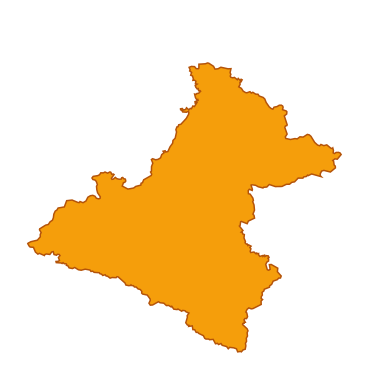 Ambatofinandrahana, Amoron'i Mania, Madagascar (Mercator projection), rotated 298°
{"feature_id": "10022922B11162683268422", "entity_name": "Ambatofinandrahana", "entity_type": "district", "adm_level": 2, "iso_a3": "MDG", "parent_name": "Madagascar", "parent_adm1": "Amoron'i Mania", "projection": "mercator", "projection_center": [46.283, -20.456], "detail": "fine", "context": "isolated", "style": "filled", "palette": "amber", "viewbox_px": 384, "rotation_deg": 298, "n_neighbors": 0, "source": "geoboundaries", "source_scale": "gbopen_adm2", "svg_char_len": 5977}
<svg xmlns="http://www.w3.org/2000/svg" viewBox="0 0 384 384"><g transform="rotate(298 192 192)"><path d="M162.2,101.1L159.4,97.4L157.4,97.1L156.5,98.6L157.0,100.8L156.4,102.5L154.1,105.0L152.2,105.0L149.3,106.9L147.0,109.0L144.7,113.3L143.2,113.8L142.1,112.8L141.6,110.5L142.7,108.4L142.5,106.0L141.0,104.0L138.5,102.5L134.3,102.6L131.4,100.8L131.0,97.6L129.7,97.4L129.2,96.1L128.6,89.9L125.5,85.4L118.9,86.3L115.0,81.3L112.8,81.2L110.9,80.2L107.6,80.4L104.1,81.7L101.5,82.0L99.1,80.7L95.9,80.4L94.0,78.3L88.0,74.8L87.0,75.1L85.4,77.8L83.1,78.0L81.2,79.1L76.9,78.1L72.5,73.1L69.9,71.3L69.3,71.2L67.7,73.8L67.4,74.9L68.7,78.0L65.5,81.9L64.8,85.1L66.2,86.1L66.6,91.5L67.6,91.4L68.9,92.5L70.1,95.8L73.2,96.3L74.2,97.5L72.0,99.5L72.6,102.1L73.7,102.3L74.5,104.0L73.9,105.3L71.4,104.8L69.4,107.1L68.1,106.5L66.8,104.5L65.9,105.3L67.9,109.8L67.9,110.9L69.1,111.3L68.7,112.9L69.5,114.6L69.2,115.3L68.3,115.5L68.5,117.2L67.3,119.1L68.3,122.4L70.3,123.9L70.0,128.2L70.9,130.9L73.7,133.9L75.2,138.5L74.4,140.1L75.5,141.5L75.1,143.3L77.2,148.1L76.6,149.1L77.0,150.7L76.4,152.4L78.2,154.2L77.5,155.6L78.0,157.0L77.5,160.1L79.0,161.6L80.7,165.2L82.0,165.5L82.4,166.6L80.2,175.6L78.8,177.3L79.6,180.1L80.5,181.5L81.4,181.7L81.1,182.9L81.8,184.3L81.1,185.7L81.9,187.4L81.1,189.8L81.6,192.2L80.6,194.4L79.1,195.0L78.7,196.3L80.0,200.9L77.9,205.2L76.8,206.0L73.6,206.2L72.5,208.3L73.8,210.3L79.4,213.9L79.2,215.7L80.6,219.3L79.7,222.7L80.9,224.7L80.7,227.5L81.6,227.8L80.0,230.9L81.2,234.1L82.1,234.5L81.9,238.9L83.1,239.4L83.9,241.6L83.4,242.9L83.7,246.1L80.4,245.8L79.3,246.7L73.6,247.9L72.4,250.4L72.8,252.0L71.8,252.2L73.9,255.1L70.9,257.4L71.7,259.0L70.0,261.6L70.8,263.0L70.3,264.4L70.5,269.5L68.8,271.9L68.7,273.4L70.0,275.8L69.8,276.8L71.8,279.9L69.0,284.0L70.3,285.5L69.8,287.1L71.8,288.7L70.8,290.6L71.8,295.2L70.6,297.6L72.5,298.2L74.0,302.0L74.4,304.9L72.3,307.4L74.0,309.7L74.0,310.6L76.7,311.3L78.1,312.8L81.4,311.8L83.6,310.2L85.7,310.3L88.4,308.6L90.9,308.6L93.7,306.7L95.7,306.6L97.1,304.9L98.7,298.9L99.7,298.6L100.7,299.7L101.4,299.2L102.0,300.2L103.5,297.9L104.3,298.0L105.2,298.2L105.8,299.6L108.0,299.6L110.9,297.2L111.3,295.9L114.1,295.7L116.4,296.6L116.6,299.1L117.6,300.5L125.2,305.9L128.1,304.2L130.2,304.8L130.5,303.0L132.3,302.3L134.1,302.5L136.2,301.0L138.4,301.9L140.1,301.5L144.3,305.1L145.8,304.6L147.7,305.7L151.4,305.5L154.7,308.5L156.6,308.9L157.6,310.5L159.7,310.2L161.7,304.8L165.0,303.5L165.2,296.0L164.2,294.4L160.4,297.3L158.9,296.4L158.8,294.9L162.7,291.1L165.3,291.0L167.0,292.0L168.8,291.1L169.2,290.1L170.4,290.7L171.4,289.3L170.7,287.5L169.3,286.7L170.3,285.8L168.5,284.9L169.2,284.4L167.0,282.1L167.8,280.3L168.9,279.7L168.4,279.3L168.5,277.8L167.5,277.6L168.1,274.9L166.1,272.2L166.9,271.2L169.5,270.7L170.1,269.2L171.9,269.6L171.9,266.8L171.0,266.5L172.0,265.2L171.5,264.6L172.1,262.7L173.4,262.4L175.8,259.5L179.0,258.2L178.8,256.5L180.0,255.3L179.7,254.3L181.9,255.1L184.2,249.8L185.0,250.2L188.6,248.9L189.2,249.4L189.9,255.6L192.8,255.4L198.3,259.5L200.5,257.7L201.1,256.2L205.3,255.7L209.7,252.8L212.0,250.1L213.3,250.2L215.2,248.6L217.4,244.4L217.0,242.6L219.6,241.0L221.3,241.3L221.6,244.4L222.7,244.1L225.8,240.9L226.5,241.5L227.8,245.1L227.7,248.0L228.9,252.8L229.7,252.9L231.5,255.7L234.9,256.7L235.9,263.0L239.1,268.8L243.1,271.7L244.7,274.5L247.4,275.6L249.1,277.8L254.1,279.2L256.3,283.4L257.8,283.6L259.4,285.7L261.1,286.1L261.0,286.9L264.1,289.2L266.2,298.9L266.6,297.7L268.2,296.7L271.3,296.6L273.0,298.3L274.6,304.8L280.6,307.3L282.1,306.4L282.6,304.8L285.6,302.6L285.9,301.5L288.3,302.6L289.2,304.9L295.1,306.1L296.0,304.4L295.8,302.8L294.6,300.7L292.8,299.7L292.8,298.3L295.2,297.3L297.0,295.6L296.2,295.4L295.9,293.8L296.9,288.9L294.8,286.6L294.5,283.5L292.8,283.1L292.4,280.9L293.4,277.0L297.0,270.9L297.5,268.7L297.0,266.8L292.7,264.4L291.4,261.4L288.3,260.0L287.5,257.8L284.6,254.3L283.3,249.7L284.4,248.5L287.8,248.8L292.6,243.6L294.1,243.5L295.2,244.6L296.0,244.5L302.5,237.8L305.3,239.0L307.4,238.1L307.8,237.1L307.2,233.3L309.7,232.6L310.5,231.6L310.6,230.1L309.6,228.3L307.4,227.0L305.4,224.6L303.1,224.5L302.9,222.5L303.4,220.2L305.9,215.4L308.3,212.6L308.9,210.4L308.3,206.2L309.3,204.4L308.3,202.3L308.6,198.9L307.2,197.9L307.8,196.1L305.3,193.8L304.9,192.4L305.1,189.8L306.7,186.9L306.8,183.9L309.5,184.0L311.3,182.8L312.2,183.6L314.6,183.6L314.6,182.4L313.1,182.2L314.0,179.5L312.4,179.3L313.1,175.6L312.0,174.5L311.5,172.4L312.3,171.3L314.1,171.1L315.2,169.6L319.2,168.5L317.7,166.0L315.7,158.9L313.0,157.1L311.3,154.6L313.1,152.0L313.6,146.4L313.2,145.1L311.5,143.6L308.1,138.1L304.6,139.9L303.8,139.7L302.9,137.8L303.9,135.4L302.6,132.5L300.7,130.9L299.0,133.0L297.8,133.1L297.4,135.5L294.5,136.0L294.7,137.9L292.6,140.0L291.0,140.4L291.9,141.7L291.6,143.5L289.3,144.1L289.7,145.9L287.6,144.8L286.4,146.0L285.4,148.2L286.2,148.9L284.5,150.3L285.3,151.5L285.0,152.3L282.3,151.5L281.2,150.0L280.2,149.8L279.7,148.3L276.9,150.8L275.7,152.9L276.5,153.6L275.7,154.4L273.2,152.2L272.1,153.0L273.5,153.7L273.4,154.4L268.6,154.0L268.4,152.4L265.3,152.4L265.0,151.2L263.1,150.7L263.8,147.6L261.9,147.6L260.3,145.9L261.2,144.3L260.1,142.8L259.3,143.3L259.1,145.0L258.3,146.2L259.8,149.6L261.4,150.9L260.9,151.8L259.0,152.5L254.3,152.4L246.6,150.4L245.1,148.7L243.1,149.0L242.4,148.1L239.5,148.5L237.7,150.2L231.6,151.9L228.6,151.0L226.0,152.0L221.6,151.4L216.4,151.7L215.0,150.1L215.8,148.9L214.4,147.3L213.6,148.9L210.8,147.7L207.4,148.2L204.9,146.7L203.4,144.8L202.9,141.6L201.6,140.9L199.0,143.9L195.5,144.3L191.4,146.4L190.2,146.0L188.9,148.0L187.5,148.3L180.1,143.6L177.0,143.9L175.8,142.9L174.1,143.6L170.5,139.7L168.1,138.6L164.5,134.0L164.5,127.6L168.1,127.1L168.9,128.1L170.6,128.4L172.1,127.1L171.7,125.5L172.3,124.0L171.5,123.2L170.1,123.4L169.0,121.6L168.5,119.3L168.9,117.4L166.3,116.4L165.6,115.4L166.3,114.4L170.8,115.0L170.9,114.0L170.0,112.8L171.3,111.1L171.2,110.1L169.0,108.6L168.8,105.8L167.3,104.8L166.1,102.4L163.9,102.3L162.2,101.1Z" fill="#f59e0b" stroke="#b45309" stroke-width="1.5"/></g></svg>